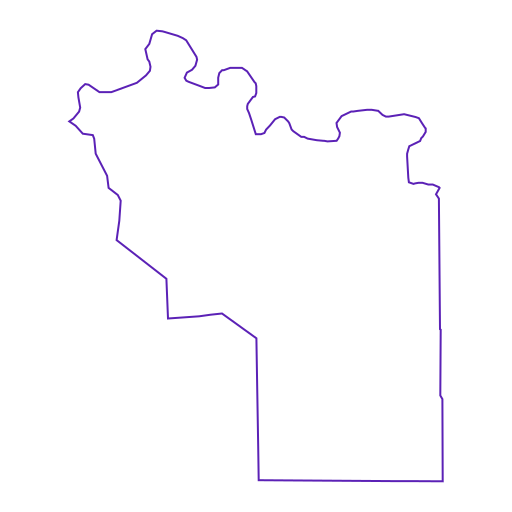 Foni Jarrol, West Coast, Gambia
{"feature_id": "56634734B7386392108855", "entity_name": "Foni Jarrol", "entity_type": "district", "adm_level": 2, "iso_a3": "GMB", "parent_name": "Gambia", "parent_adm1": "West Coast", "projection": "albers", "projection_center": [-15.848, 13.224], "detail": "fine", "context": "isolated", "style": "outline", "palette": "violet", "viewbox_px": 512, "rotation_deg": 0, "n_neighbors": 0, "source": "geoboundaries", "source_scale": "gbopen_adm2", "svg_char_len": 1954}
<svg xmlns="http://www.w3.org/2000/svg" viewBox="0 0 512 512"><path d="M258.7,480.2L390.6,481.1L407.0,481.1L442.7,481.3L442.4,399.1L440.3,395.5L440.7,329.7L440.0,329.2L438.9,198.6L436.0,194.3L439.6,187.9L439.0,187.2L432.7,184.5L428.2,184.5L422.5,182.8L418.5,182.8L415.1,183.4L413.5,183.9L408.9,182.3L408.3,177.7L407.1,156.5L407.1,153.7L408.2,149.7L409.3,146.2L420.1,141.0L421.2,138.2L422.9,136.5L425.7,131.9L425.7,128.4L425.1,127.9L421.7,122.7L418.9,118.2L415.5,117.0L404.1,114.2L388.7,116.6L385.9,116.6L382.5,114.9L378.2,110.8L377.9,110.8L371.7,109.8L367.1,109.8L357.5,110.9L353.5,111.5L351.2,111.5L341.6,116.1L336.5,123.0L337.1,127.0L339.9,132.7L339.4,136.2L338.2,138.5L336.6,140.8L327.5,141.4L324.1,140.8L323.2,140.8L316.7,140.2L307.6,138.6L304.2,136.9L301.3,136.9L294.7,132.2L293.3,131.2L291.6,129.5L289.3,123.2L288.2,121.5L286.5,119.8L284.2,117.5L281.4,116.9L279.7,116.9L275.1,119.2L270.0,125.5L266.1,129.6L264.4,133.0L261.0,134.2L257.5,134.2L255.8,134.2L251.3,119.9L249.0,113.0L247.2,109.0L247.2,106.2L247.8,103.9L252.9,97.0L255.1,96.4L256.3,93.0L256.3,90.1L256.3,86.1L255.7,83.3L254.5,82.1L247.1,71.3L245.4,70.2L243.7,69.0L242.0,67.9L232.5,67.9L230.1,67.9L223.8,70.2L222.1,70.2L219.3,73.1L218.2,77.7L218.2,84.5L214.8,87.4L209.1,88.0L205.1,88.0L199.9,86.0L188.6,81.8L186.3,80.7L184.6,77.8L186.9,72.6L192.0,69.8L195.4,65.8L197.1,59.7L196.5,56.9L186.2,40.3L182.8,38.1L177.7,35.8L164.2,31.8L162.3,31.3L156.6,30.7L152.1,34.2L149.3,43.9L145.3,49.1L147.6,59.3L149.3,61.6L150.5,66.8L149.9,70.8L146.0,75.4L136.9,82.8L113.1,91.5L111.4,92.1L102.9,92.1L99.4,92.1L88.6,84.7L85.2,84.1L80.7,88.2L77.9,92.2L78.4,97.3L80.2,107.6L79.1,111.6L73.4,118.5L69.3,121.4L75.7,125.8L82.8,133.7L92.8,135.1L94.2,138.7L95.7,153.7L107.1,175.8L108.6,187.9L117.8,195.0L120.7,200.7L119.3,220.8L117.1,236.5L116.6,240.1L166.4,278.8L168.0,318.5L199.2,316.3L210.7,314.7L222.0,313.5L256.4,338.3L257.2,387.4L258.2,446.7L258.7,480.2Z" fill="none" stroke="#5b21b6" stroke-width="2"/></svg>